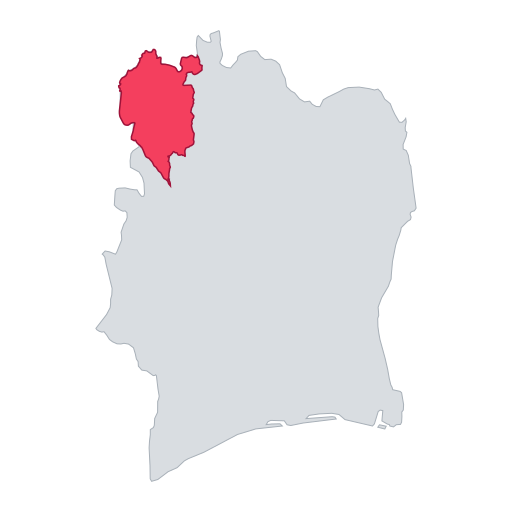 Denguélé on a map of Ivory Coast (Equal Earth projection)
{"feature_id": "CIV-3437", "entity_name": "Denguélé", "entity_type": "Region", "adm_level": 1, "iso_a3": "CIV", "parent_name": "Ivory Coast", "parent_adm1": "", "projection": "equal_earth", "projection_center": [-7.217, 9.491], "detail": "fine", "context": "in_parent", "style": "filled", "palette": "rose", "viewbox_px": 512, "rotation_deg": 0, "n_neighbors": 0, "source": "natural_earth", "source_scale": "10m", "svg_char_len": 8478}
<svg xmlns="http://www.w3.org/2000/svg" viewBox="0 0 512 512"><path d="M128.4,70.3L129.9,70.2L133.9,68.6L137.6,65.0L141.0,57.6L145.6,51.6L150.8,52.0L152.3,50.9L154.1,50.7L156.3,54.7L158.5,57.7L160.0,57.8L161.2,63.4L170.7,65.8L174.7,67.4L178.1,71.5L179.3,71.6L180.7,70.7L181.9,69.3L182.1,67.7L180.6,64.0L181.3,60.6L182.8,57.6L185.2,57.4L188.9,56.6L193.1,56.6L196.2,57.1L197.5,54.1L196.3,45.6L196.6,41.0L197.1,37.1L198.3,35.5L203.0,40.4L207.3,42.2L210.3,42.3L211.2,41.4L209.9,36.0L210.2,34.4L211.3,33.5L213.4,32.9L218.8,30.7L219.4,31.2L220.4,39.6L220.0,42.4L221.1,48.2L222.5,53.5L222.4,55.7L221.3,59.0L219.9,62.0L220.0,63.3L222.2,65.4L226.4,67.5L230.7,68.0L233.1,64.9L235.6,62.3L237.4,60.1L237.9,56.7L240.7,54.3L248.5,51.2L255.7,50.7L257.4,51.7L260.7,56.4L264.8,59.6L271.1,59.2L275.7,61.1L279.6,64.7L282.3,72.7L285.2,78.4L286.5,86.6L291.1,91.0L294.6,92.9L299.5,98.9L304.5,101.9L309.7,101.2L312.2,104.3L316.1,106.5L319.9,106.7L323.3,99.8L327.8,97.1L339.2,91.6L343.7,89.1L348.2,87.6L359.2,87.1L369.4,88.7L374.5,90.0L377.9,89.1L381.2,92.3L384.7,99.2L387.5,101.4L390.3,103.8L392.4,109.2L394.9,114.5L396.3,116.9L399.4,122.2L402.0,122.3L404.6,120.0L405.7,118.3L406.2,121.8L405.2,127.5L405.4,131.0L406.9,132.3L406.1,136.8L403.1,144.5L403.2,149.1L406.2,150.5L408.3,155.3L409.6,163.6L410.9,166.3L411.0,168.0L413.3,188.0L416.1,208.1L414.4,210.8L412.0,211.5L410.5,212.5L410.1,214.3L411.1,217.1L410.5,219.6L407.6,221.3L401.2,227.7L400.8,230.2L399.1,235.7L397.7,239.0L395.7,245.1L392.5,261.4L391.3,275.0L391.1,279.1L389.8,282.0L388.4,286.2L381.6,297.8L378.1,307.2L378.5,311.4L378.7,315.5L377.7,318.5L377.9,326.5L378.8,333.2L380.0,339.7L385.1,358.3L387.7,369.6L389.3,378.7L390.8,384.9L392.1,387.3L392.7,389.7L400.1,391.4L401.6,392.7L403.6,404.6L403.3,410.0L401.8,412.0L401.9,416.6L401.6,422.2L400.5,424.4L396.3,424.7L393.5,426.9L389.8,426.0L389.4,424.6L387.4,424.1L381.9,420.9L382.8,410.6L380.2,410.1L378.2,411.5L374.4,423.9L372.5,426.0L345.0,419.6L339.0,414.5L331.8,413.3L319.3,413.9L309.0,415.4L306.1,418.6L332.1,416.7L334.9,417.1L336.2,419.0L303.3,423.0L290.8,425.5L287.1,424.8L284.3,420.8L270.7,420.4L267.9,421.7L266.2,424.6L271.5,424.0L280.0,423.8L282.3,426.0L255.8,428.9L237.4,434.5L229.7,438.6L204.0,452.2L188.4,458.6L184.3,460.9L177.2,467.6L168.1,471.7L157.8,479.5L151.6,481.3L150.2,478.8L150.0,465.6L149.1,447.9L149.5,441.2L150.3,434.8L150.3,429.6L153.4,427.6L154.3,425.4L154.7,418.5L157.6,412.3L157.7,401.4L158.6,399.1L159.2,396.2L158.0,389.1L156.4,375.6L155.6,374.8L154.9,375.4L153.2,375.6L146.8,370.9L141.8,370.1L138.4,366.2L138.1,361.6L136.4,359.0L135.3,353.8L133.5,347.8L128.6,344.1L124.0,343.3L120.8,344.0L117.0,343.8L112.6,341.8L109.5,339.5L106.7,335.1L104.0,331.7L101.9,332.1L99.3,331.3L96.8,329.7L95.9,328.4L106.6,314.5L110.2,307.6L110.6,303.5L110.6,299.3L111.8,295.0L112.1,288.4L106.2,264.5L104.8,257.1L103.2,254.9L102.2,254.1L105.1,251.0L109.3,251.8L115.5,254.2L116.9,251.9L121.7,239.8L121.5,235.3L121.1,232.2L123.9,224.0L126.1,220.8L127.2,217.3L126.9,212.6L125.2,210.9L123.0,211.2L120.4,210.1L116.4,207.4L114.3,205.0L115.0,194.1L115.3,190.7L116.8,188.7L119.0,188.2L125.2,187.9L130.2,189.1L134.7,189.8L137.0,189.8L138.9,193.1L141.5,196.4L143.7,196.3L144.5,193.9L144.0,183.1L142.5,177.5L139.1,172.0L130.4,167.3L130.1,160.8L131.0,153.7L132.9,151.0L139.4,146.5L138.3,144.1L136.2,141.5L132.1,138.9L133.1,130.5L133.3,122.9L129.8,123.8L126.2,124.2L123.2,121.9L120.6,117.3L120.2,104.6L120.2,90.1L119.7,83.6L120.7,80.2L123.8,77.0L127.2,72.9L128.4,70.3ZM386.2,426.2L384.8,429.0L377.8,427.2L379.5,424.8L386.2,426.2Z" fill="#d9dde1" stroke="#a8b0b8" stroke-width="1"/><path d="M120.2,91.3L119.9,91.2L119.7,90.5L119.9,90.3L120.1,90.2L120.1,89.6L120.0,88.4L119.8,88.0L119.5,87.9L119.2,87.9L119.1,87.7L118.9,87.2L118.7,86.4L118.7,85.8L119.9,85.2L120.5,84.6L120.7,83.9L120.1,83.6L119.6,82.8L120.1,81.0L121.2,79.1L122.2,77.9L124.8,76.6L126.0,75.7L127.0,73.9L127.2,72.9L127.5,72.0L127.9,71.1L128.4,70.3L129.4,70.8L130.5,70.8L131.6,70.4L132.5,69.8L133.5,68.7L134.0,68.3L135.3,68.0L135.8,67.8L136.3,67.4L136.8,66.8L138.1,64.7L138.3,64.1L138.5,63.4L138.8,63.0L139.2,62.7L139.5,62.1L139.6,61.1L140.2,59.7L139.5,58.5L140.6,58.2L141.7,57.3L142.3,56.1L141.7,55.1L142.2,54.7L142.4,54.6L142.4,54.1L143.1,53.4L143.6,53.2L144.2,53.3L144.7,53.1L144.9,52.4L145.1,51.5L145.4,50.9L146.5,50.7L148.4,52.2L149.6,52.4L150.1,52.3L151.1,52.3L151.6,52.1L152.0,51.6L153.2,49.5L154.0,49.4L154.6,49.6L155.1,50.0L155.5,50.6L155.8,51.5L155.8,52.3L155.8,53.0L155.8,53.6L156.0,54.3L156.9,56.3L157.0,57.1L156.9,57.7L156.9,58.2L157.6,58.2L158.1,58.0L159.5,57.3L160.7,57.4L161.0,58.5L160.7,61.4L160.7,63.1L161.2,63.9L162.0,64.3L165.3,64.3L169.5,65.2L174.6,67.1L175.5,67.8L176.4,69.1L177.1,70.7L178.1,71.8L179.4,71.8L180.6,71.2L181.7,70.1L182.3,68.6L182.2,66.8L181.7,66.1L181.0,65.5L180.5,64.8L180.3,63.9L181.6,58.3L182.2,57.4L183.4,57.2L186.4,57.7L187.4,57.5L190.5,55.6L191.6,55.4L192.7,55.9L194.7,57.5L195.9,57.6L197.1,57.1L197.5,56.3L197.5,55.9L198.2,56.8L199.1,59.3L199.4,60.0L199.6,61.2L199.7,61.7L199.5,62.6L199.5,63.0L199.5,63.5L199.7,64.0L200.1,64.5L200.4,64.9L202.1,65.5L202.1,66.0L201.9,67.5L201.9,68.4L202.0,69.6L202.0,69.9L201.8,70.2L201.6,70.4L197.4,73.5L195.3,74.4L194.7,74.5L194.4,74.5L194.0,74.4L193.6,74.2L193.0,73.8L192.4,73.1L191.8,71.8L189.9,72.3L189.2,72.2L187.8,72.5L186.8,73.1L186.2,74.2L186.6,74.8L186.7,75.1L186.6,75.7L186.5,76.3L186.0,77.2L185.8,77.9L185.7,78.8L185.7,79.3L185.6,79.9L185.5,80.3L184.3,81.7L183.9,82.3L183.0,84.2L182.9,84.5L183.0,84.9L183.2,85.2L183.5,85.3L183.9,85.4L190.5,85.1L190.8,85.1L191.2,85.2L191.4,85.4L191.6,85.6L191.8,86.0L192.2,87.3L192.4,87.8L192.7,88.1L192.9,88.3L193.1,88.5L193.2,88.8L193.4,89.3L193.7,91.0L193.8,91.3L194.1,91.9L194.2,92.3L194.2,92.7L193.8,93.4L193.6,93.7L193.4,94.2L193.2,94.9L193.0,96.3L192.8,97.4L192.7,98.0L192.9,98.4L193.5,98.9L193.7,99.1L193.8,99.4L193.8,99.8L193.7,100.3L193.4,100.9L193.3,101.4L193.3,102.1L193.4,102.4L193.6,102.8L193.7,103.1L193.6,103.4L193.3,103.8L193.0,104.2L192.9,104.7L192.8,105.5L192.7,106.1L191.9,107.4L191.7,107.7L191.4,108.9L190.8,112.4L191.8,113.1L192.1,113.5L192.5,114.4L193.3,115.2L193.6,115.4L193.7,115.6L193.8,116.1L193.8,116.7L193.5,117.6L193.3,118.1L193.1,118.4L192.8,118.5L192.6,118.7L192.4,119.0L192.3,119.3L192.2,120.2L192.1,120.6L192.0,120.8L191.8,121.1L191.7,121.3L191.7,121.6L191.7,122.1L192.0,122.9L192.1,123.4L192.0,124.0L191.5,124.9L191.5,125.8L191.7,127.1L192.4,130.0L193.1,131.9L193.3,132.1L193.4,132.4L193.8,132.9L194.0,133.2L194.1,133.9L194.0,135.0L193.5,139.0L193.4,140.0L193.8,141.0L193.9,141.5L193.9,142.0L193.5,143.9L191.6,145.5L190.3,145.9L189.8,146.2L189.2,146.8L188.5,147.1L186.4,147.8L185.9,148.1L185.6,148.6L185.5,149.0L185.4,149.5L185.0,150.2L184.9,150.7L184.9,151.2L184.9,152.2L184.9,152.3L185.2,155.4L185.2,155.9L185.1,156.3L184.9,156.3L184.7,156.2L184.3,155.7L184.1,155.5L183.7,155.4L183.1,155.4L182.8,155.4L182.5,155.2L182.3,155.0L182.0,154.8L181.6,154.7L180.1,155.1L179.3,155.2L178.9,155.2L178.6,155.1L178.4,155.0L178.1,154.8L177.9,154.6L177.7,154.3L177.2,153.2L177.0,152.9L176.8,152.8L176.5,152.7L175.5,152.8L175.2,152.7L174.8,152.4L174.7,152.3L174.7,152.2L174.2,151.9L173.8,151.7L173.4,151.7L173.2,151.9L173.0,152.1L172.9,152.2L172.8,152.5L172.4,153.3L171.7,153.8L170.9,154.9L170.1,155.6L168.8,156.1L168.1,156.1L168.0,156.3L168.0,156.6L168.1,156.9L168.3,157.0L168.7,157.1L169.2,157.2L169.2,157.7L168.9,158.5L168.9,159.4L168.8,160.2L168.5,160.8L168.2,161.4L168.9,161.8L169.3,162.6L169.6,163.7L169.6,165.0L169.7,165.4L170.2,166.6L170.3,167.2L170.2,167.7L169.7,168.3L169.6,168.9L169.5,170.1L168.9,173.5L168.9,176.1L168.7,177.5L168.2,178.8L168.9,178.8L169.3,179.1L169.2,179.5L168.6,179.8L169.2,180.4L169.8,181.8L170.2,183.2L170.4,185.9L168.7,183.8L168.3,182.8L168.1,182.1L168.0,181.7L167.7,181.2L167.2,180.7L165.9,179.5L165.5,179.2L164.9,179.0L164.4,178.7L164.0,178.4L163.3,177.4L161.9,174.8L161.3,173.6L161.1,173.2L160.7,172.8L159.6,171.8L159.0,171.4L158.5,171.0L156.2,167.4L154.3,166.0L154.1,165.8L153.9,165.5L152.5,162.5L152.1,161.9L149.0,158.3L147.4,157.6L146.4,157.0L146.0,156.6L145.6,156.1L145.3,155.5L142.9,149.6L141.6,147.1L141.0,146.9L140.4,145.8L138.2,144.1L137.1,142.9L136.5,142.2L135.8,140.4L135.3,140.2L134.8,140.5L134.2,140.7L131.5,139.3L131.4,136.7L133.3,130.6L133.5,128.9L134.9,123.3L134.6,122.7L132.4,122.7L131.3,123.0L129.3,124.5L128.3,125.1L127.3,125.2L126.1,125.1L125.0,124.8L124.1,124.2L123.2,122.9L120.2,117.2L119.8,116.0L119.6,114.8L119.4,113.2L119.4,111.6L119.4,111.0L121.4,92.7L121.1,91.1L120.2,91.3Z" fill="#f43f5e" stroke="#9f1239" stroke-width="1.5"/></svg>